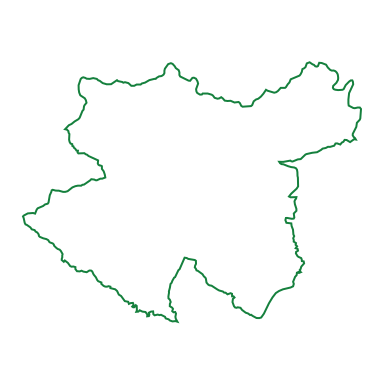 Quirinópolis, Goiás, Brazil (Mercator projection)
{"feature_id": "56859067B31652002665085", "entity_name": "Quirinópolis", "entity_type": "district", "adm_level": 2, "iso_a3": "BRA", "parent_name": "Brazil", "parent_adm1": "Goiás", "projection": "mercator", "projection_center": [-50.519, -18.453], "detail": "fine", "context": "isolated", "style": "outline", "palette": "green", "viewbox_px": 384, "rotation_deg": 0, "n_neighbors": 0, "source": "geoboundaries", "source_scale": "gbopen_adm2", "svg_char_len": 5866}
<svg xmlns="http://www.w3.org/2000/svg" viewBox="0 0 384 384"><path d="M293.1,286.3L293.8,283.9L293.1,281.8L295.1,276.8L296.6,275.2L296.9,272.8L299.1,272.9L300.5,272.3L299.2,271.6L300.3,271.1L299.8,269.9L300.6,269.0L301.3,266.6L304.1,263.4L303.7,261.4L301.9,261.1L301.7,259.4L301.2,258.1L298.5,256.9L297.5,256.1L295.9,253.4L296.1,251.9L298.0,250.7L297.6,248.9L295.7,248.2L297.1,246.3L295.6,244.8L296.0,243.1L293.7,241.6L293.8,240.1L293.2,238.2L294.2,236.1L293.4,234.5L293.0,229.7L291.6,226.0L291.3,223.4L286.4,222.8L285.4,220.1L285.9,218.0L287.0,217.9L291.9,218.8L293.7,218.6L294.3,217.6L293.8,213.5L296.4,210.8L296.4,208.9L294.9,204.2L294.5,201.4L294.9,200.2L296.1,198.5L296.4,197.1L290.6,197.3L289.0,196.5L291.2,193.7L296.7,188.6L298.1,186.4L297.9,177.6L297.5,175.9L297.4,172.2L297.0,169.8L296.0,168.3L294.3,167.5L291.3,167.1L288.1,166.2L283.4,164.3L281.5,164.1L280.1,163.2L279.2,161.8L283.2,161.9L290.4,160.6L291.3,161.3L292.6,161.5L297.8,159.4L300.7,159.1L305.4,154.6L306.4,154.1L312.1,152.8L317.1,152.2L321.1,149.9L322.6,148.6L325.7,148.0L328.0,146.8L330.0,146.9L334.2,145.7L335.5,143.5L337.1,143.4L340.3,144.5L341.8,142.6L343.4,141.8L344.6,139.9L346.6,140.0L350.1,142.1L354.1,139.2L355.8,139.5L355.0,138.1L353.7,137.0L352.7,135.3L352.8,133.8L356.3,126.9L356.9,122.8L359.8,119.7L360.3,118.4L361.0,109.0L359.8,107.5L357.8,107.5L354.8,108.2L353.3,108.0L348.7,105.6L348.4,103.2L348.4,99.5L349.1,93.1L353.2,84.3L352.9,81.7L352.3,80.4L350.8,80.4L349.1,81.6L345.7,85.1L343.6,89.2L342.4,89.8L338.1,90.1L335.2,89.7L333.7,89.1L332.9,87.8L333.2,85.9L336.4,82.8L338.0,79.9L338.2,78.0L338.0,76.0L337.7,74.3L336.7,72.5L335.4,71.2L333.7,70.5L331.8,70.6L330.2,69.9L327.8,67.5L326.1,64.7L321.7,63.0L319.2,62.8L318.0,66.0L316.9,66.6L315.3,66.3L314.0,64.9L312.5,64.3L309.6,62.3L306.8,63.4L305.5,67.1L304.1,68.3L302.4,69.1L301.8,71.9L300.5,74.4L299.5,75.6L290.7,79.3L289.4,82.5L287.8,84.2L285.9,87.2L285.0,87.9L280.7,87.9L277.9,91.0L276.2,92.2L274.2,92.7L267.5,90.7L266.0,89.8L263.4,93.7L260.9,96.6L258.3,98.7L256.0,99.5L253.7,101.3L252.2,105.1L251.0,106.1L242.6,106.7L241.2,105.8L239.9,103.1L238.6,102.0L234.5,102.5L230.6,100.8L227.5,101.0L224.7,100.6L222.9,98.5L221.2,97.2L219.2,98.4L217.5,98.7L214.6,97.8L212.9,95.5L211.7,94.7L207.6,93.5L202.7,93.5L201.9,94.5L200.0,94.6L198.1,93.5L197.0,92.7L196.4,91.3L196.1,89.1L198.1,83.6L197.5,81.4L196.0,78.7L193.9,77.7L192.4,77.9L190.1,80.8L188.5,80.6L180.2,76.5L179.4,75.0L179.4,72.3L178.7,70.2L175.8,68.1L174.7,66.2L172.6,63.9L170.9,63.2L168.2,64.1L164.9,68.7L164.4,70.7L164.4,73.1L163.6,74.6L162.3,75.6L161.2,76.1L159.0,76.4L156.4,78.0L155.7,78.9L154.3,78.9L149.4,80.1L145.1,82.6L141.8,83.5L140.7,84.5L136.7,84.5L134.2,85.8L131.3,85.8L128.4,83.1L125.0,82.2L123.3,82.7L122.3,82.0L118.0,81.1L117.0,80.2L111.1,84.2L106.8,84.3L102.7,83.1L99.7,80.8L98.2,80.3L96.8,78.9L93.2,78.1L89.7,78.9L86.6,78.7L85.3,77.9L83.2,77.3L81.8,77.9L80.7,79.0L78.6,85.2L78.7,89.4L79.2,92.6L80.3,95.3L84.8,98.3L85.9,100.3L86.5,102.8L84.6,105.1L84.0,106.3L83.6,109.6L82.4,111.0L79.7,117.7L78.4,119.2L74.7,121.4L71.5,124.0L68.9,125.2L65.1,129.2L66.9,129.6L68.4,131.1L68.6,132.7L69.4,134.0L69.1,139.7L69.6,141.9L70.6,143.6L72.2,144.1L72.4,146.0L73.4,146.3L73.9,147.7L75.2,148.7L76.5,150.6L77.9,150.7L77.6,152.5L78.4,153.4L84.4,153.2L85.6,154.2L87.2,154.8L88.5,156.0L98.1,160.4L97.8,163.5L98.4,164.7L99.5,165.4L100.6,165.5L101.9,166.2L101.9,168.9L103.7,171.3L104.8,174.6L105.3,177.5L102.1,178.7L100.3,178.7L96.8,180.3L95.5,180.2L94.4,179.6L91.3,179.2L90.1,180.4L84.0,184.6L82.4,184.8L81.2,185.7L77.7,185.7L75.3,186.2L72.4,187.4L67.6,191.2L65.1,191.9L63.2,191.9L58.9,190.7L55.7,190.6L52.7,189.8L51.7,190.3L51.3,191.9L49.8,195.2L48.5,202.6L47.7,203.7L45.1,204.4L43.1,206.0L37.7,208.3L36.7,209.6L35.1,213.6L33.1,213.0L27.8,213.4L23.9,215.5L23.0,216.4L23.7,218.1L24.7,222.8L25.5,224.4L26.8,224.9L30.4,227.4L31.7,229.3L34.6,230.1L35.6,231.6L37.0,232.3L38.0,233.4L38.7,234.5L38.9,235.9L39.7,236.8L43.2,238.3L46.4,239.1L48.3,240.2L49.2,241.8L50.1,242.5L52.7,243.4L53.8,244.5L54.1,245.7L56.1,247.7L57.6,248.9L59.7,249.7L60.8,250.9L62.6,254.1L62.2,255.8L62.3,257.2L61.8,258.7L61.7,260.0L63.8,261.8L64.8,260.5L67.9,262.9L70.2,266.1L71.6,266.7L73.3,266.5L75.4,267.1L75.4,269.1L77.0,271.2L79.8,271.4L81.5,270.7L83.4,271.6L86.7,272.2L89.4,270.5L91.0,270.5L92.2,271.4L93.6,274.5L95.9,277.3L97.2,280.0L98.2,281.2L101.4,282.5L101.3,283.8L103.6,285.9L105.2,286.6L106.9,286.7L108.6,286.2L110.4,286.7L110.4,288.1L115.2,289.3L117.1,291.0L118.8,294.6L121.1,296.0L124.8,301.1L128.2,301.8L128.9,303.9L130.7,303.1L132.9,302.9L133.6,304.9L132.2,306.6L133.2,307.3L134.4,307.2L135.8,305.2L136.7,305.9L136.9,310.4L136.3,311.8L138.4,311.6L139.7,310.3L142.4,311.6L145.5,312.0L147.4,314.6L147.2,316.3L148.9,316.1L149.4,314.8L148.9,312.7L151.0,311.6L153.1,311.4L153.4,314.3L154.6,315.3L157.7,314.6L159.5,315.1L161.0,314.8L165.0,316.8L165.7,318.4L168.6,319.3L169.9,320.5L172.5,321.4L175.4,321.1L177.4,321.7L175.8,318.8L175.4,316.8L176.0,313.6L175.2,312.0L173.5,312.3L172.2,311.1L173.0,308.9L172.2,307.7L169.8,306.2L169.9,303.8L170.7,302.0L169.8,299.6L168.5,298.4L168.4,296.4L169.0,292.7L168.9,291.4L169.9,287.7L170.5,284.0L171.6,282.8L172.4,280.7L174.1,277.7L175.1,277.1L178.4,270.2L179.6,269.2L184.6,257.7L186.7,258.0L188.2,258.9L194.8,260.0L195.9,260.8L196.0,263.8L195.1,265.7L194.8,267.4L195.8,268.6L196.5,270.4L197.8,270.8L202.5,274.2L203.9,276.4L205.4,277.7L205.9,278.8L206.5,282.6L208.3,284.7L209.4,285.3L211.6,285.7L217.4,289.5L219.2,290.5L222.9,291.5L224.1,292.6L225.6,292.7L227.5,294.3L230.6,293.2L232.0,293.8L232.1,296.3L233.5,296.3L234.5,297.5L232.9,298.9L232.5,302.1L234.0,306.2L235.1,307.5L236.7,307.8L237.7,307.3L240.5,307.8L242.0,309.9L245.7,312.7L248.1,313.5L250.1,315.0L251.2,314.8L252.6,315.9L256.5,318.0L259.2,318.1L261.2,317.5L263.9,313.7L269.0,303.2L272.5,297.4L275.8,293.1L279.0,291.0L283.0,289.3L290.6,287.5L293.1,286.3Z" fill="none" stroke="#15803d" stroke-width="2"/></svg>